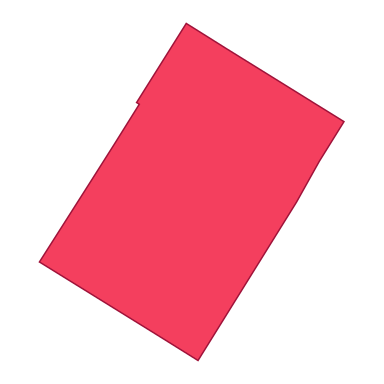 the district of Kandiyohi, Minnesota, United States of America, rotated 32°
{"feature_id": "52423323B77722174997843", "entity_name": "Kandiyohi", "entity_type": "district", "adm_level": 2, "iso_a3": "USA", "parent_name": "United States of America", "parent_adm1": "Minnesota", "projection": "orthographic", "projection_center": [-95.062, 45.152], "detail": "fine", "context": "isolated", "style": "filled", "palette": "rose", "viewbox_px": 384, "rotation_deg": 32, "n_neighbors": 0, "source": "geoboundaries", "source_scale": "gbopen_adm2", "svg_char_len": 317}
<svg xmlns="http://www.w3.org/2000/svg" viewBox="0 0 384 384"><g transform="rotate(32 192 192)"><path d="M97.8,52.1L97.6,145.5L100.8,145.5L100.8,191.9L100.5,238.7L99.7,332.2L238.2,331.7L286.4,331.7L286.0,145.2L283.7,98.4L283.6,51.8L144.4,52.2L97.8,52.1Z" fill="#f43f5e" stroke="#9f1239" stroke-width="1.5"/></g></svg>